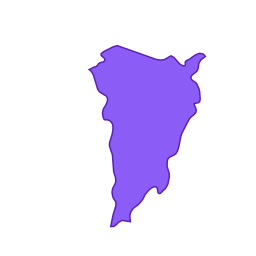 an SVG outline of Dâmbovita, rotated 203°
{"feature_id": "ROU-130", "entity_name": "Dâmbovita", "entity_type": "County", "adm_level": 1, "iso_a3": "ROU", "parent_name": "Romania", "parent_adm1": "", "projection": "albers", "projection_center": [25.479, 44.942], "detail": "fine", "context": "isolated", "style": "filled", "palette": "violet", "viewbox_px": 256, "rotation_deg": 203, "n_neighbors": 0, "source": "natural_earth", "source_scale": "10m", "svg_char_len": 2025}
<svg xmlns="http://www.w3.org/2000/svg" viewBox="0 0 256 256"><g transform="rotate(203 128 128)"><path d="M186.6,166.6L183.2,170.6L181.5,172.0L180.6,173.8L180.2,175.8L179.4,177.1L176.5,179.2L175.9,180.4L175.9,181.6L176.5,182.7L181.1,184.3L181.7,185.9L181.0,187.5L179.8,189.4L173.3,197.0L170.2,199.6L128.3,202.2L124.5,203.3L121.8,204.7L120.3,206.4L116.7,211.2L113.3,210.9L105.6,207.2L102.6,206.7L100.7,207.0L99.9,207.7L100.0,208.8L101.0,210.8L101.0,211.9L100.4,213.0L98.5,215.1L97.7,216.3L95.6,219.9L94.1,222.0L91.4,224.6L89.1,225.3L87.6,225.5L84.7,224.2L87.6,218.9L88.0,215.3L87.7,213.9L87.2,212.3L86.8,210.6L86.6,208.0L87.3,206.1L89.8,201.5L90.0,199.7L89.4,198.3L88.4,197.5L87.2,197.0L84.0,196.4L82.6,195.9L81.4,195.1L77.7,191.4L76.3,189.5L72.8,182.7L72.4,180.3L73.1,178.8L76.1,176.8L76.6,176.0L75.4,174.6L73.9,173.3L72.1,171.0L71.7,168.8L72.2,166.7L74.2,162.9L74.8,161.3L75.2,159.2L76.4,143.6L76.0,140.6L73.9,130.3L73.5,126.5L73.8,123.4L74.7,121.7L78.5,117.2L79.1,115.5L79.1,113.8L78.4,111.4L76.9,107.7L72.7,102.8L70.9,99.5L69.4,92.0L69.6,88.3L70.3,85.8L71.0,84.6L72.3,81.2L72.9,80.3L73.8,79.7L74.7,80.0L75.6,80.8L77.1,83.4L78.0,84.3L79.2,84.7L80.5,84.4L81.6,83.5L82.9,82.1L84.0,80.2L85.2,77.0L86.3,73.1L86.5,68.6L87.2,65.6L88.0,63.1L88.9,61.0L91.0,57.5L91.9,55.5L92.5,52.3L92.5,50.1L92.1,48.2L91.3,46.4L89.2,42.7L97.4,40.6L99.9,37.4L100.6,35.4L101.8,33.0L102.7,31.8L105.4,30.5L107.8,42.4L108.7,51.0L109.3,53.3L110.3,55.0L111.5,56.0L112.9,56.9L114.3,57.9L115.7,59.5L117.3,62.1L118.1,64.4L118.4,66.2L118.4,67.8L118.1,71.5L118.3,74.1L120.3,77.7L121.5,79.2L123.0,80.7L124.5,82.9L131.9,97.3L137.6,103.6L138.7,105.6L139.3,107.7L140.1,115.8L141.2,120.5L142.2,123.0L143.4,125.1L144.7,126.3L146.1,127.0L147.7,127.6L149.3,127.6L150.7,127.3L151.9,126.7L152.9,126.5L154.0,127.0L155.4,128.6L157.3,131.7L157.9,134.3L158.0,137.1L157.5,139.7L157.3,142.5L157.8,146.0L158.9,147.8L160.3,148.9L166.8,149.8L168.9,150.5L171.1,151.9L180.6,163.3L182.2,164.7L185.0,166.2L186.6,166.6Z" fill="#8b5cf6" stroke="#5b21b6" stroke-width="1.5"/></g></svg>